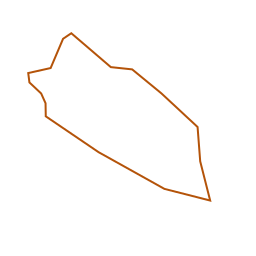 Bury, Albers equal-area conic projection, rotated 315°
{"feature_id": "GBR-5679", "entity_name": "Bury", "entity_type": "Metropolitan Borough", "adm_level": 1, "iso_a3": "GBR", "parent_name": "United Kingdom", "parent_adm1": "", "projection": "albers", "projection_center": [-2.317, 53.586], "detail": "fine", "context": "isolated", "style": "outline", "palette": "amber", "viewbox_px": 256, "rotation_deg": 315, "n_neighbors": 0, "source": "natural_earth", "source_scale": "10m", "svg_char_len": 364}
<svg xmlns="http://www.w3.org/2000/svg" viewBox="0 0 256 256"><g transform="rotate(315 128 128)"><path d="M134.8,237.4L110.7,196.8L90.1,124.3L78.1,61.6L87.2,52.2L91.0,42.2L90.5,26.1L93.9,21.7L96.3,18.6L115.7,30.9L145.2,19.0L154.9,20.9L158.9,72.8L172.4,89.5L176.1,127.2L177.9,176.5L155.5,202.6L134.8,237.4Z" fill="none" stroke="#b45309" stroke-width="2"/></g></svg>